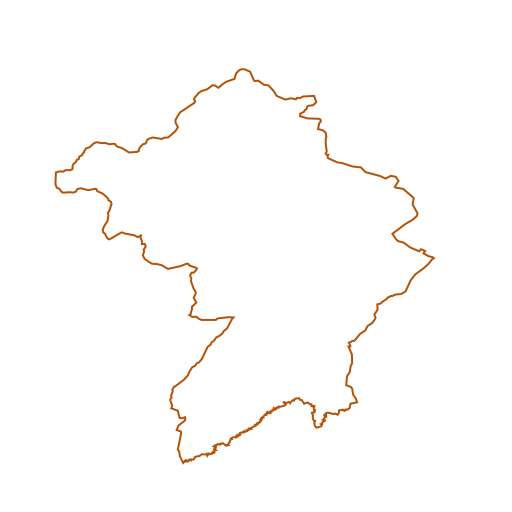 the district of Atwima Kwanwoma, Ashanti, Ghana, rotated 72°
{"feature_id": "2480657B14749544754301", "entity_name": "Atwima Kwanwoma", "entity_type": "district", "adm_level": 2, "iso_a3": "GHA", "parent_name": "Ghana", "parent_adm1": "Ashanti", "projection": "equal_earth", "projection_center": [-1.697, 6.59], "detail": "fine", "context": "isolated", "style": "outline", "palette": "amber", "viewbox_px": 512, "rotation_deg": 72, "n_neighbors": 0, "source": "geoboundaries", "source_scale": "gbopen_adm2", "svg_char_len": 6109}
<svg xmlns="http://www.w3.org/2000/svg" viewBox="0 0 512 512"><g transform="rotate(72 256 256)"><path d="M426.4,205.1L422.7,205.1L417.7,206.5L411.8,205.5L409.7,206.5L406.8,210.1L398.6,206.7L395.4,202.7L389.8,199.9L387.8,197.8L379.3,195.2L370.8,196.0L371.3,195.0L370.9,194.0L367.1,194.4L367.1,192.4L366.5,190.8L367.0,188.5L362.4,181.4L360.6,175.1L357.1,171.7L355.7,166.4L353.3,162.9L351.7,161.4L348.2,161.5L344.7,157.0L339.5,155.6L339.7,152.2L338.5,149.7L337.5,145.4L336.1,143.3L336.2,141.4L335.6,140.4L336.2,138.5L335.7,135.5L337.0,129.7L335.9,124.7L327.0,116.5L322.7,110.2L319.4,100.2L316.6,94.0L313.8,90.0L313.0,87.5L311.5,88.7L309.5,91.9L305.3,95.9L303.5,93.6L300.5,97.0L302.0,99.3L295.5,106.7L288.8,111.5L285.9,116.1L283.7,117.5L277.0,119.4L271.7,103.9L269.9,95.7L267.5,90.4L265.4,89.2L255.5,91.1L249.5,88.1L237.6,95.3L234.3,101.7L233.2,102.7L228.7,97.3L223.9,98.6L221.4,103.0L222.4,108.9L218.2,113.4L210.0,126.0L204.2,128.8L200.6,136.7L194.2,145.4L192.0,149.8L185.2,157.3L182.8,157.0L182.1,156.1L181.6,157.5L180.1,158.1L178.7,156.5L171.2,155.1L165.6,153.3L164.8,152.4L160.3,151.6L157.2,153.5L154.4,157.8L149.1,154.7L148.1,152.8L146.3,152.4L145.0,153.6L141.0,164.6L136.6,170.9L134.3,169.9L133.6,165.5L132.5,164.8L131.9,162.6L129.6,161.0L129.4,159.6L130.2,155.1L128.7,151.8L127.9,151.1L121.7,151.3L118.9,161.8L119.4,165.7L118.3,168.1L119.3,169.6L116.8,173.9L116.3,179.8L110.1,186.9L104.8,188.1L97.6,191.4L95.6,195.5L89.9,199.7L89.4,202.6L88.5,203.7L78.8,204.7L74.8,209.3L73.9,212.2L74.1,214.6L76.2,218.5L80.9,221.7L81.1,230.3L82.2,234.6L84.4,239.8L81.0,242.4L80.2,244.8L82.3,250.8L82.3,256.9L83.2,260.1L86.9,266.0L87.9,266.6L89.7,266.0L91.2,267.0L96.0,284.1L101.8,290.6L104.7,291.3L109.3,290.4L112.4,294.2L116.1,302.9L115.1,307.1L115.6,309.3L111.4,317.6L111.4,321.9L112.1,323.8L114.9,326.0L114.8,329.0L116.4,332.1L118.5,334.6L120.0,335.1L120.2,337.1L118.3,344.8L111.8,350.2L108.8,354.5L105.9,355.5L104.9,357.9L104.8,360.1L101.7,365.0L100.9,368.1L98.8,371.8L98.5,373.5L98.8,375.5L101.2,380.8L101.2,384.5L103.4,387.2L104.3,387.5L105.1,389.3L106.2,389.8L106.9,393.4L108.9,394.5L109.3,396.7L111.0,398.3L112.0,401.0L113.8,402.8L116.0,403.3L116.8,404.2L116.9,406.6L115.5,410.7L116.2,413.1L114.8,416.7L114.7,420.5L125.7,424.5L129.5,424.4L131.1,422.4L135.1,421.0L136.2,419.7L137.8,413.3L139.1,410.6L139.2,407.8L137.1,405.0L137.5,401.6L141.6,395.1L142.4,387.8L143.1,387.1L145.3,386.9L149.1,382.7L152.5,380.5L156.2,378.8L157.3,379.1L159.9,377.1L162.0,377.4L167.8,381.6L169.1,383.5L171.5,383.7L176.8,386.4L180.9,391.4L184.0,393.8L186.7,393.9L188.0,392.7L192.3,392.2L194.1,391.3L194.9,390.3L192.1,377.0L192.3,375.8L194.1,373.8L198.7,365.3L201.4,362.8L201.3,360.4L200.4,358.4L202.5,360.2L207.1,359.9L209.4,360.8L210.2,358.1L212.7,357.8L215.4,361.0L216.9,360.9L220.4,363.4L224.1,362.9L229.0,359.3L231.3,357.2L232.9,353.0L235.5,348.6L241.1,343.7L242.3,330.8L241.9,324.6L242.5,322.9L244.6,322.2L248.9,316.3L249.9,316.1L251.5,318.2L252.6,320.5L252.0,322.4L254.1,324.7L257.3,324.5L260.0,325.6L268.0,325.4L271.6,324.5L272.8,324.8L276.5,328.2L281.9,327.2L284.5,332.7L286.0,332.9L291.0,336.1L291.5,337.7L294.1,335.5L295.5,331.4L297.7,330.1L300.0,327.5L304.4,313.9L303.7,312.9L303.6,311.3L305.9,300.4L307.5,296.5L308.2,297.9L315.8,305.8L317.5,309.9L319.4,312.1L320.8,316.1L321.1,318.9L323.7,322.3L324.5,325.0L326.6,326.9L326.8,328.7L327.7,330.3L337.4,339.5L339.6,343.2L339.7,345.4L341.6,347.7L342.1,351.1L345.6,355.3L348.5,357.6L351.5,363.1L355.0,373.2L354.9,374.4L357.7,377.1L358.8,376.9L362.6,379.9L364.6,380.0L365.3,381.4L366.6,382.1L372.7,382.0L374.7,383.7L378.9,378.2L386.5,378.7L387.5,376.4L387.4,373.3L389.1,373.5L390.6,374.6L393.2,381.9L396.9,385.2L399.8,381.7L401.9,382.2L416.0,390.2L418.0,389.4L422.8,390.3L430.3,389.2L428.4,386.3L429.3,384.1L429.4,385.5L429.9,385.9L430.4,383.7L428.9,382.1L430.3,380.8L429.5,380.1L430.2,378.6L429.9,377.4L428.6,376.7L428.2,375.7L428.7,371.5L427.8,368.7L429.2,365.2L428.9,363.9L430.5,364.0L429.7,363.3L430.2,362.3L429.4,361.7L430.2,361.2L430.4,358.6L430.0,357.3L429.5,358.3L428.9,357.4L428.6,356.4L429.3,356.1L428.1,355.6L428.2,354.4L427.2,355.3L426.6,353.9L425.7,353.5L425.7,354.8L424.7,354.2L424.2,354.7L424.2,353.2L423.4,353.5L423.6,351.4L423.0,350.6L424.0,349.2L423.5,348.2L424.2,348.1L423.7,345.5L427.1,343.1L427.4,340.6L426.5,341.1L426.4,340.2L425.0,339.3L424.7,338.2L422.7,337.1L422.8,335.9L422.0,336.4L421.7,336.0L421.3,334.1L422.3,331.0L421.1,330.4L421.9,329.5L420.6,328.9L421.4,328.3L420.3,327.0L421.3,327.0L421.2,326.1L419.4,325.8L419.4,323.5L420.0,322.8L419.1,321.7L419.8,321.7L419.8,319.3L418.9,318.9L419.6,318.1L419.0,317.5L418.5,315.4L418.3,316.7L417.8,316.4L418.3,314.4L419.0,314.8L418.9,313.5L418.0,313.6L417.4,310.0L416.7,309.6L417.2,308.9L416.3,308.6L416.6,307.1L415.6,306.8L416.1,306.0L415.3,305.5L415.5,303.7L414.6,303.6L414.3,302.3L412.8,302.4L412.3,301.7L413.5,301.3L412.6,300.4L411.6,300.6L411.3,299.9L411.8,298.8L411.0,298.7L410.0,297.0L410.2,296.0L409.7,296.2L409.5,294.9L409.1,295.2L408.2,293.8L409.4,294.1L408.6,291.9L409.6,291.8L409.7,290.8L408.7,290.8L408.9,289.3L407.8,289.1L408.2,287.7L406.9,286.7L408.0,286.7L407.8,285.7L406.9,285.6L408.0,284.7L407.8,284.1L406.9,284.3L407.1,283.4L406.4,282.6L407.2,281.5L406.2,281.1L407.0,278.8L407.0,274.3L406.5,273.8L403.7,274.9L403.6,274.3L405.3,272.9L404.9,270.4L406.3,269.2L405.5,268.9L405.6,267.8L404.5,265.7L405.3,264.4L403.8,263.4L404.3,259.7L404.8,258.8L406.2,258.7L407.2,257.0L411.4,255.8L411.1,253.5L411.6,251.7L412.8,251.3L414.2,249.2L415.7,249.7L416.7,248.5L416.1,247.9L416.7,246.8L419.2,248.3L421.0,248.4L421.0,247.6L422.8,248.7L422.2,251.0L422.6,251.4L424.6,251.0L427.4,252.0L430.2,252.0L431.0,250.8L432.7,252.1L435.4,252.6L438.1,251.4L438.1,246.5L436.9,245.4L436.0,246.1L436.0,244.8L434.7,244.5L434.2,242.1L433.3,242.6L433.8,241.4L433.0,241.2L432.0,242.1L430.6,240.0L429.4,240.2L429.1,239.4L430.0,238.8L428.4,238.4L428.1,239.6L427.2,238.3L427.1,236.9L427.9,234.7L430.3,231.1L430.3,229.2L432.2,227.5L430.8,225.6L428.5,224.8L428.9,221.1L429.7,220.9L429.6,220.0L430.5,219.8L430.7,218.9L429.7,217.8L430.4,216.1L429.5,214.0L425.7,211.8L426.4,205.1Z" fill="none" stroke="#b45309" stroke-width="2"/></g></svg>